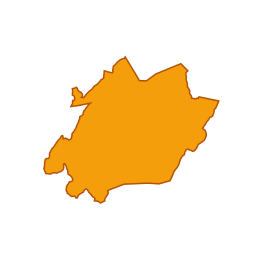 the district of Assaré, Ceará, Brazil, rotated 155°
{"feature_id": "56859067B95707829386079", "entity_name": "Assaré", "entity_type": "district", "adm_level": 2, "iso_a3": "BRA", "parent_name": "Brazil", "parent_adm1": "Ceará", "projection": "natural_earth1", "projection_center": [-39.823, -6.92], "detail": "fine", "context": "isolated", "style": "filled", "palette": "amber", "viewbox_px": 256, "rotation_deg": 155, "n_neighbors": 0, "source": "geoboundaries", "source_scale": "gbopen_adm2", "svg_char_len": 3541}
<svg xmlns="http://www.w3.org/2000/svg" viewBox="0 0 256 256"><g transform="rotate(155 128 128)"><path d="M209.8,138.3L210.6,136.7L211.5,134.8L213.1,134.0L214.8,134.8L216.0,134.6L217.6,132.8L218.5,131.1L219.1,130.2L219.7,129.0L220.4,127.8L221.4,127.0L221.5,125.5L221.7,121.5L220.0,120.4L218.6,119.5L216.9,118.9L215.5,119.2L212.9,118.2L211.7,117.2L210.5,117.2L208.8,117.3L207.4,116.9L205.9,117.2L203.9,118.0L203.1,119.2L202.1,121.2L201.7,122.6L200.6,122.5L200.1,120.4L200.4,118.4L200.8,117.1L200.4,115.8L201.0,113.9L201.8,111.7L200.4,109.1L199.8,107.8L199.7,105.8L199.8,104.6L200.6,103.8L201.7,103.4L202.9,103.7L204.0,103.9L205.4,102.7L206.7,102.2L207.7,101.5L208.7,100.7L209.3,99.4L210.2,98.1L210.5,96.7L210.1,95.6L210.7,94.4L209.8,93.4L209.1,91.7L208.2,89.9L206.7,89.3L204.9,88.5L204.6,86.4L203.3,86.2L202.3,87.3L201.0,88.1L199.2,88.5L197.2,88.7L195.7,88.7L194.3,89.8L193.0,90.4L191.5,90.5L190.9,89.1L190.8,87.7L190.6,86.1L190.0,84.5L189.4,82.3L189.2,80.6L188.1,79.4L187.7,78.1L189.3,76.3L188.4,75.6L186.6,74.7L185.4,73.1L184.7,71.7L183.2,71.7L181.5,71.8L179.9,71.7L179.3,73.1L178.5,73.9L177.1,74.7L176.2,75.5L175.2,75.8L173.9,77.0L172.9,78.2L173.0,79.8L171.0,79.9L160.8,79.1L155.1,78.7L147.8,75.6L136.6,71.0L132.3,69.1L123.6,64.3L112.1,62.4L110.5,63.8L108.2,65.8L105.9,67.9L104.6,69.1L102.7,70.2L101.1,71.0L100.0,71.5L98.9,72.3L97.8,73.1L96.8,74.0L96.1,74.9L94.8,76.3L93.9,77.3L92.2,78.5L91.0,79.4L89.4,79.8L88.2,80.0L86.8,82.0L85.5,82.9L84.4,83.8L82.7,83.6L81.7,82.1L80.7,81.5L80.0,80.6L79.3,79.5L78.1,79.3L76.2,79.8L74.2,80.8L73.1,81.9L71.7,83.1L70.1,83.7L69.0,83.7L67.4,84.0L65.3,84.4L64.0,84.7L63.1,85.4L61.3,87.0L60.3,87.9L59.4,89.8L59.3,91.4L59.0,93.1L59.7,94.2L60.5,96.0L58.2,97.7L57.2,98.1L55.4,99.2L54.4,100.2L51.4,101.5L49.5,102.9L46.4,103.0L43.5,105.8L42.8,106.9L42.0,108.0L39.8,109.2L38.1,110.7L37.0,111.7L36.1,112.5L35.2,113.2L34.3,114.2L50.5,126.2L51.8,125.1L52.6,125.9L54.2,125.7L55.4,126.4L56.2,127.2L57.8,128.0L57.1,129.8L57.3,131.9L57.5,133.7L56.3,135.5L56.4,137.6L56.5,139.1L56.8,140.3L55.9,142.1L55.2,144.1L55.2,145.4L55.0,146.6L54.5,148.1L53.7,149.1L53.3,150.5L53.0,151.8L52.1,153.8L50.7,154.1L49.6,154.5L52.9,163.9L58.5,164.2L79.7,165.2L87.8,163.6L91.4,162.9L97.7,166.2L98.2,172.3L100.5,193.6L102.0,192.6L103.6,193.0L105.0,193.0L106.5,193.1L108.1,192.6L109.9,192.1L111.5,191.4L113.2,190.6L114.4,190.4L115.4,189.9L116.3,188.3L117.4,186.9L117.8,185.4L118.9,184.6L122.4,187.3L125.3,189.9L128.9,183.7L130.2,183.1L131.7,183.2L132.9,182.7L133.8,182.0L135.5,181.4L137.6,180.6L139.0,180.4L140.8,180.2L142.4,179.5L143.7,178.6L145.4,178.1L146.8,177.9L148.5,177.3L150.0,176.8L151.5,176.1L152.5,175.8L153.8,174.8L155.5,174.3L157.2,175.4L155.9,175.8L155.2,177.4L155.1,178.6L155.5,180.2L156.7,181.7L157.4,182.9L157.2,185.6L157.8,186.8L159.1,186.6L161.8,187.2L162.5,184.9L163.2,183.7L164.5,181.5L163.4,179.8L163.6,177.9L164.5,176.0L166.5,176.3L168.1,173.5L170.7,171.6L162.1,168.9L160.5,168.6L151.7,166.4L153.8,165.8L155.3,165.0L156.8,164.2L158.5,163.3L159.5,162.5L160.7,162.2L161.6,161.4L162.3,160.4L163.1,159.2L164.1,158.9L165.4,158.7L167.0,158.5L167.9,156.8L168.9,156.0L170.1,154.7L171.3,153.5L172.2,152.9L173.3,151.8L174.5,150.7L175.4,149.9L177.5,148.4L179.0,147.5L180.2,147.1L181.1,146.5L181.7,145.3L182.7,143.9L183.8,142.5L185.0,142.0L186.8,142.3L187.2,143.4L188.4,144.0L188.7,145.2L191.3,145.5L190.4,148.4L191.3,149.0L192.6,148.3L193.7,147.4L195.4,146.8L196.4,146.3L198.9,145.1L200.3,144.0L202.0,143.1L203.2,142.2L204.9,141.8L206.6,140.7L208.3,139.4L209.8,138.3Z" fill="#f59e0b" stroke="#b45309" stroke-width="1.5"/></g></svg>